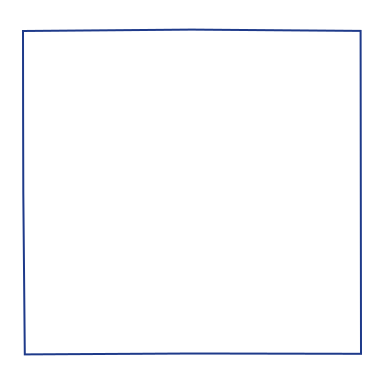 Ionia, Michigan, United States of America
{"feature_id": "52423323B19907423644916", "entity_name": "Ionia", "entity_type": "district", "adm_level": 2, "iso_a3": "USA", "parent_name": "United States of America", "parent_adm1": "Michigan", "projection": "equal_earth", "projection_center": [-85.158, 42.945], "detail": "fine", "context": "isolated", "style": "outline", "palette": "blue", "viewbox_px": 384, "rotation_deg": 0, "n_neighbors": 0, "source": "geoboundaries", "source_scale": "gbopen_adm2", "svg_char_len": 237}
<svg xmlns="http://www.w3.org/2000/svg" viewBox="0 0 384 384"><path d="M23.0,31.0L23.1,113.4L23.3,192.8L24.8,354.4L192.3,353.5L361.0,353.8L360.6,30.9L191.6,29.6L107.4,30.3L23.0,31.0Z" fill="none" stroke="#1e3a8a" stroke-width="2"/></svg>